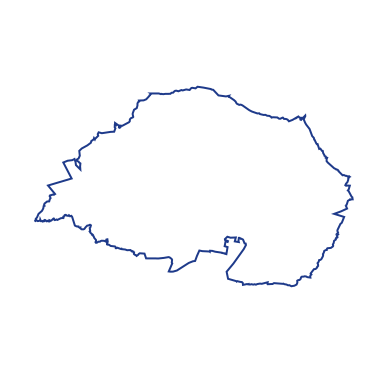 the district of Tlajomulco de Zúñiga, Jalisco, Mexico, rotated 174°
{"feature_id": "50627088B44969093243070", "entity_name": "Tlajomulco de Zúñiga", "entity_type": "district", "adm_level": 2, "iso_a3": "MEX", "parent_name": "Mexico", "parent_adm1": "Jalisco", "projection": "mercator", "projection_center": [-103.397, 20.482], "detail": "fine", "context": "isolated", "style": "outline", "palette": "blue", "viewbox_px": 384, "rotation_deg": 174, "n_neighbors": 0, "source": "geoboundaries", "source_scale": "gbopen_adm2", "svg_char_len": 5944}
<svg xmlns="http://www.w3.org/2000/svg" viewBox="0 0 384 384"><g transform="rotate(174 192 192)"><path d="M81.0,254.8L84.5,253.2L88.2,252.2L89.4,254.0L90.9,254.8L92.9,255.1L93.7,256.4L94.1,256.5L96.7,255.6L97.9,255.9L99.3,257.2L103.7,257.9L105.1,257.7L105.5,258.4L107.1,259.6L109.3,260.0L110.8,261.0L112.9,261.2L116.3,262.4L116.8,263.2L118.8,263.3L124.1,265.8L126.5,267.4L132.8,272.9L134.4,273.8L136.0,273.7L136.5,274.2L137.7,274.7L138.6,275.8L139.2,277.4L140.6,279.0L144.7,282.5L145.5,282.7L145.8,283.3L145.3,283.8L148.2,283.5L155.6,285.3L160.2,291.4L162.0,291.9L162.4,292.4L169.6,294.6L175.5,296.1L177.6,294.7L180.9,295.6L181.6,295.5L182.4,295.0L183.7,293.7L187.1,294.6L190.6,294.0L191.9,294.5L195.0,293.6L197.0,294.4L198.1,294.4L199.0,294.0L200.3,292.8L202.0,292.8L203.3,291.9L208.2,292.4L210.4,292.3L212.3,292.8L212.7,292.6L214.8,293.5L222.7,294.3L222.2,293.9L223.1,293.5L223.6,292.7L224.1,292.6L224.5,291.9L227.8,289.0L230.5,288.2L235.2,288.5L235.0,287.6L236.4,286.8L237.0,285.6L237.2,283.7L238.2,281.2L241.0,279.9L242.5,276.9L242.9,275.8L242.6,272.8L243.0,272.4L245.0,271.8L245.6,271.3L246.2,270.7L246.5,268.9L247.3,268.0L254.5,265.1L256.2,265.5L256.1,264.3L257.2,263.4L257.9,263.8L257.7,265.3L258.0,265.8L261.3,268.7L261.4,268.0L260.4,267.3L260.7,266.2L261.8,266.5L262.1,264.4L261.5,263.4L263.1,260.1L266.6,260.3L275.5,259.9L278.6,261.1L279.7,259.4L279.4,257.7L282.7,255.1L283.1,254.4L283.8,255.8L284.3,254.6L286.8,253.2L287.5,251.5L291.2,249.3L297.1,246.8L299.8,244.7L299.8,239.8L301.3,237.2L303.1,236.3L303.2,235.3L302.6,234.6L301.7,234.2L301.2,233.2L300.0,232.1L300.6,229.2L300.7,226.1L304.6,230.9L304.7,233.9L305.4,237.1L307.7,236.2L312.4,236.1L316.9,234.8L310.3,218.0L334.5,213.5L328.4,204.3L329.6,203.7L331.1,204.0L332.3,203.5L333.3,203.6L333.7,203.3L334.0,202.8L333.3,200.7L334.1,199.8L335.0,197.6L337.1,197.7L339.9,195.9L340.4,194.8L340.1,193.7L341.0,193.5L341.6,191.3L342.1,190.5L343.2,188.9L346.9,186.3L348.8,182.9L350.1,181.7L350.0,181.4L351.0,179.8L350.7,179.5L349.6,180.2L348.5,179.2L347.4,179.2L346.0,179.6L345.8,180.4L345.4,179.0L345.1,179.1L344.6,178.7L343.1,178.8L343.2,178.3L342.1,178.4L342.1,178.9L342.3,179.1L341.3,179.6L340.7,179.3L339.8,178.1L338.1,178.5L337.9,177.8L336.7,177.6L335.9,178.1L336.0,178.5L335.4,178.2L334.9,178.3L332.5,180.1L332.1,180.0L331.8,178.7L331.4,178.4L329.5,178.8L328.8,178.3L325.3,179.6L323.5,179.7L322.8,179.5L322.4,179.8L322.5,181.0L321.2,181.6L321.0,182.3L320.4,182.5L319.8,182.4L319.0,181.6L317.5,181.2L316.8,181.8L315.8,180.6L314.5,180.9L313.8,179.8L312.0,170.9L310.5,169.9L308.6,169.6L308.6,169.1L307.7,168.5L307.7,169.1L307.5,168.4L306.7,168.4L306.9,167.7L305.8,166.5L303.9,166.2L302.9,166.5L301.5,168.1L299.8,169.5L298.4,169.6L296.9,170.1L296.0,169.4L296.9,167.3L297.5,166.8L297.3,163.9L297.9,163.5L297.1,161.8L295.3,160.0L295.7,159.7L294.4,158.2L294.1,156.7L292.5,154.3L292.5,153.5L293.2,152.2L292.9,151.6L292.0,151.5L290.2,152.4L288.8,152.2L288.1,152.7L287.0,153.0L284.4,152.6L283.4,152.0L282.6,152.7L282.1,153.7L281.1,153.8L281.0,151.5L281.9,151.6L282.3,151.4L281.8,150.1L282.0,148.8L281.2,148.4L280.5,148.5L278.4,146.8L274.3,145.9L273.7,145.1L273.7,144.1L273.2,144.0L272.1,144.4L268.8,142.8L268.0,143.0L267.8,142.5L264.5,141.8L262.6,140.9L259.3,140.7L259.1,140.2L257.9,139.7L257.9,139.2L256.6,138.9L256.6,138.4L255.9,138.0L256.3,136.6L256.1,136.2L254.9,135.2L254.5,135.2L253.8,134.2L252.1,135.2L251.4,136.0L250.3,136.5L245.7,135.7L244.6,130.8L232.1,129.4L226.9,129.4L222.1,129.7L221.1,129.3L219.3,127.6L218.9,126.6L219.5,123.8L219.1,123.1L223.4,115.4L221.8,115.0L219.2,114.8L215.2,115.5L202.6,121.8L198.3,123.0L196.1,123.1L193.7,128.0L190.8,133.0L187.9,132.1L180.8,131.0L180.5,130.7L180.2,131.7L177.9,131.3L175.2,130.2L168.6,128.5L168.5,128.2L165.7,127.5L165.8,127.2L164.3,126.6L162.4,133.5L165.2,134.7L163.7,139.6L161.8,138.6L161.4,139.4L164.2,140.9L164.2,141.7L161.5,143.8L158.4,142.5L153.2,142.2L154.6,138.4L150.7,137.3L150.9,138.4L150.2,141.5L149.4,141.4L148.3,140.3L147.8,140.4L146.2,139.3L145.1,135.4L144.0,135.1L143.9,133.6L146.5,129.8L158.3,116.5L165.9,109.1L165.2,101.9L157.0,98.6L156.9,98.3L156.3,98.6L153.6,97.6L151.8,97.2L151.0,96.2L151.0,94.3L146.8,94.7L146.0,94.3L145.1,94.6L144.9,94.1L143.9,93.9L142.5,94.1L140.8,93.5L139.2,93.7L138.6,93.3L137.9,93.2L136.8,93.6L134.0,93.8L132.2,93.4L126.2,94.3L126.6,92.9L126.4,92.4L121.5,92.1L120.0,92.8L111.4,91.2L110.7,91.3L109.9,90.7L107.7,90.1L106.3,89.2L104.8,89.1L103.0,87.9L100.0,88.1L97.7,89.0L96.7,90.8L96.6,92.8L95.5,93.3L94.6,93.2L93.6,93.7L93.1,94.2L92.4,95.8L91.6,96.3L89.7,96.2L88.7,96.4L87.2,96.0L86.3,95.3L83.2,94.5L83.2,96.0L82.9,96.8L81.9,97.4L82.5,98.6L78.8,102.5L77.3,102.5L76.7,102.8L75.4,103.9L75.3,104.6L74.3,105.3L74.2,106.9L74.6,108.1L73.3,109.4L72.7,111.0L71.3,111.1L70.3,111.8L68.6,114.3L68.1,115.7L68.3,116.5L67.2,118.0L66.7,119.5L65.3,120.2L64.0,120.3L63.9,121.1L63.2,121.9L59.7,121.9L57.6,123.1L57.2,123.7L57.4,125.1L56.5,126.3L55.8,128.6L53.9,129.7L53.9,130.8L53.5,131.2L52.3,131.5L52.0,131.9L52.6,133.2L51.2,134.5L52.4,135.1L51.0,136.3L51.5,138.1L51.2,139.1L47.7,144.8L46.5,145.5L46.0,146.2L43.3,151.3L52.9,155.4L46.0,157.1L39.5,159.3L40.3,161.8L40.1,161.8L39.8,163.1L39.2,163.8L37.9,166.9L36.8,167.5L35.5,167.7L35.5,168.1L33.0,167.9L33.1,170.0L33.7,170.5L36.3,176.9L36.8,177.2L35.8,178.4L34.4,181.8L37.0,182.2L38.1,182.1L38.8,182.7L38.0,184.1L36.4,185.6L35.3,187.9L35.3,188.8L33.9,190.6L33.6,190.7L34.2,191.3L35.4,190.9L36.5,191.9L37.5,192.0L39.2,193.0L40.5,192.9L44.2,197.5L44.1,197.9L44.9,198.9L46.0,199.2L46.0,199.4L48.2,200.8L53.9,207.1L54.9,208.6L54.7,210.6L54.0,211.9L54.5,212.1L55.0,211.8L55.5,212.0L55.3,213.3L56.5,214.2L56.6,215.2L57.4,216.7L57.7,219.2L58.4,219.3L59.8,221.7L61.0,221.5L62.1,226.5L62.7,226.4L63.3,227.3L64.7,231.3L65.0,231.4L65.2,233.2L66.6,235.0L68.5,242.4L71.4,247.1L72.3,249.2L73.3,252.6L71.4,255.6L71.4,256.2L76.0,252.3L76.6,252.7L75.6,254.4L77.2,254.6L78.3,256.0L79.9,255.3L80.2,254.8L80.9,254.5L81.0,254.8Z" fill="none" stroke="#1e3a8a" stroke-width="2"/></g></svg>